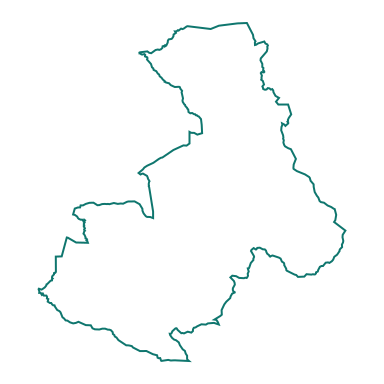 the district of Camilo Ponce Enriquez, Azuay, Ecuador
{"feature_id": "8360857B38047305818625", "entity_name": "Camilo Ponce Enriquez", "entity_type": "district", "adm_level": 2, "iso_a3": "ECU", "parent_name": "Ecuador", "parent_adm1": "Azuay", "projection": "mercator", "projection_center": [-79.616, -2.963], "detail": "fine", "context": "isolated", "style": "outline", "palette": "teal", "viewbox_px": 384, "rotation_deg": 0, "n_neighbors": 0, "source": "geoboundaries", "source_scale": "gbopen_adm2", "svg_char_len": 5906}
<svg xmlns="http://www.w3.org/2000/svg" viewBox="0 0 384 384"><path d="M75.0,207.8L73.1,214.5L75.0,215.0L77.2,216.6L77.9,218.0L78.8,218.9L80.7,219.7L82.2,219.7L83.3,221.0L83.7,220.9L84.2,219.7L85.1,220.4L84.1,221.7L84.6,222.4L83.8,223.1L84.2,224.0L83.7,225.0L84.3,225.8L83.8,226.7L84.6,227.6L84.9,228.5L84.3,229.0L84.1,229.7L84.9,230.7L84.4,231.0L83.5,233.7L84.3,234.5L85.4,236.8L85.5,238.3L86.3,238.5L87.0,239.3L86.4,240.2L87.2,240.8L87.9,242.8L76.1,242.5L67.8,237.7L66.8,237.5L61.7,256.4L55.8,256.6L55.9,271.9L55.3,272.8L54.8,272.7L54.0,273.1L54.0,274.4L52.2,276.3L52.0,277.9L52.6,278.5L52.1,278.8L52.0,280.4L50.6,280.7L47.3,284.0L46.5,284.4L46.3,285.5L44.8,287.4L42.3,289.2L41.4,289.6L38.9,288.7L38.6,289.2L39.4,291.7L39.2,292.9L40.6,292.9L41.6,294.5L42.1,293.5L42.8,293.4L43.3,294.4L43.2,295.2L43.8,295.6L46.4,295.6L47.1,296.9L46.9,298.5L48.3,299.1L47.7,301.6L49.9,303.0L51.2,303.0L52.2,304.5L53.2,305.3L54.5,305.3L55.0,306.7L57.2,310.0L59.4,311.1L60.5,312.3L62.5,317.3L64.0,318.4L65.6,320.4L67.4,320.6L70.1,322.4L73.2,323.4L75.9,322.9L78.4,321.8L85.8,325.1L90.8,325.3L92.5,328.3L94.8,329.3L99.3,329.5L102.2,328.7L105.2,328.7L108.0,329.7L109.4,329.7L110.9,330.2L112.7,332.2L112.9,334.0L114.3,335.0L114.8,336.5L116.5,337.5L118.4,340.1L126.2,345.3L128.8,345.4L131.8,346.1L133.0,347.5L140.0,351.1L146.4,351.0L152.9,354.2L157.1,355.3L157.6,357.7L158.7,358.2L160.2,358.1L161.1,360.7L161.6,360.9L168.2,359.9L170.8,360.5L174.5,360.3L189.0,361.0L187.5,359.7L187.1,358.9L187.1,355.7L185.7,353.6L184.9,350.9L182.7,349.3L179.9,345.2L178.8,342.4L176.0,340.2L174.1,339.6L172.0,337.8L170.1,335.0L169.8,333.8L170.5,333.9L171.4,333.4L172.4,331.2L175.2,328.6L176.1,328.2L176.7,328.4L177.6,329.9L181.3,333.2L182.6,333.0L184.0,333.4L187.7,331.7L191.3,332.6L192.9,331.1L193.0,329.3L193.8,327.8L195.6,327.4L197.2,326.3L201.4,324.3L205.9,324.6L207.9,323.4L214.0,322.9L218.8,324.5L217.9,322.2L216.4,319.9L214.4,319.6L220.3,316.0L221.8,314.7L221.6,310.1L224.3,304.4L226.3,301.7L230.2,298.1L230.6,296.4L232.1,293.7L234.7,292.5L234.6,292.0L233.3,291.4L232.8,289.9L232.9,288.2L234.8,284.7L234.6,282.8L233.9,281.0L230.4,277.4L232.3,275.7L236.2,276.2L239.1,277.9L244.0,278.2L245.2,277.7L246.6,278.0L247.0,277.7L248.0,275.8L247.7,273.7L248.7,271.5L247.8,268.4L248.9,268.2L249.2,267.7L250.8,263.0L253.4,260.0L253.3,258.9L254.1,256.9L253.8,255.8L251.0,251.0L251.4,250.0L253.0,248.6L253.7,248.1L255.8,249.5L256.3,249.4L257.3,247.9L259.8,247.7L262.8,249.3L264.8,249.4L266.0,250.6L266.4,252.1L267.2,253.7L269.0,255.1L269.7,256.4L270.3,256.6L271.0,256.0L272.6,255.5L278.9,257.6L280.6,258.6L281.9,261.6L283.8,262.8L284.3,264.1L284.2,265.1L286.2,268.7L286.3,270.1L286.8,270.7L294.6,274.6L296.2,275.0L298.0,276.9L304.3,276.6L306.5,274.2L311.4,274.6L313.0,274.2L314.1,274.5L315.2,274.3L316.0,273.3L316.0,272.4L317.8,271.5L318.2,270.0L319.9,266.8L321.5,266.0L323.0,266.0L325.7,262.7L328.0,262.4L329.4,262.9L331.9,261.2L333.2,259.6L334.3,256.8L337.1,254.7L339.6,251.0L339.5,250.3L340.0,249.2L342.1,247.1L341.9,244.6L343.0,242.5L343.3,240.9L342.5,237.3L342.7,234.8L345.4,230.6L334.1,222.0L335.3,220.2L336.2,214.9L334.7,209.1L333.7,208.7L331.2,207.0L327.6,205.5L324.0,202.7L320.9,202.1L319.6,201.0L318.3,197.5L316.9,195.8L314.7,192.0L313.7,186.9L313.6,184.3L310.6,180.8L309.8,177.9L309.1,177.0L305.0,174.4L296.9,171.1L293.6,168.9L293.4,168.0L293.7,164.5L295.9,158.9L290.9,149.2L288.2,148.2L285.0,146.3L284.1,144.8L283.4,142.6L283.8,140.2L283.1,138.7L283.4,137.8L283.1,135.3L281.2,130.3L281.5,126.9L282.4,124.8L282.1,123.4L284.4,124.6L285.4,125.9L288.1,123.5L288.3,123.0L287.4,121.7L288.1,121.0L287.9,119.9L288.8,117.9L291.2,114.4L288.1,104.5L278.3,104.5L276.0,101.7L279.0,97.9L275.5,95.9L273.5,92.3L273.2,90.4L272.2,89.1L270.9,89.6L269.5,88.4L267.8,88.1L266.6,89.4L265.7,89.7L264.4,89.6L263.1,88.8L263.2,88.4L262.4,86.4L264.0,84.5L262.8,80.9L261.2,79.7L261.6,78.8L261.5,77.4L261.9,75.6L260.8,73.1L261.5,72.1L263.8,72.4L264.3,71.9L264.0,71.0L263.1,70.3L263.4,68.0L262.3,67.0L262.3,63.9L260.5,60.3L260.8,58.4L266.8,51.4L267.5,48.5L267.3,46.5L267.9,45.6L267.3,44.4L265.4,43.5L264.3,41.5L258.1,43.4L256.2,44.7L255.0,45.0L254.9,42.3L255.5,41.3L253.5,38.2L253.0,34.8L246.9,23.0L237.4,23.4L218.9,25.7L210.7,29.0L187.6,26.2L186.6,26.5L183.7,28.6L182.4,29.1L181.1,28.6L178.6,30.6L177.9,30.2L176.4,31.4L175.0,31.4L175.9,32.9L173.6,34.5L173.4,36.4L172.2,38.3L171.6,38.9L168.7,39.4L167.9,40.6L167.7,42.6L166.3,45.5L165.3,45.2L165.1,46.3L164.6,46.6L164.0,45.9L162.6,46.3L162.4,47.9L160.9,49.3L159.2,49.9L157.9,49.5L155.6,50.0L151.2,53.2L149.2,52.8L147.4,51.4L140.0,52.3L139.4,52.6L139.5,53.4L140.3,53.3L141.1,54.2L142.1,54.6L144.4,54.1L145.2,54.8L145.0,56.4L147.2,57.3L147.5,58.1L147.0,59.5L151.0,64.0L152.0,67.3L153.3,68.4L153.6,69.9L156.3,71.2L157.8,73.6L159.1,74.5L159.7,76.3L161.5,77.7L162.8,79.5L164.6,81.0L165.0,81.4L164.7,81.8L166.0,82.5L169.1,83.3L170.7,85.1L174.8,87.0L179.1,86.8L179.9,87.2L180.3,88.6L182.1,90.9L181.6,92.3L183.0,98.4L182.5,100.4L182.7,101.8L184.4,104.5L185.0,104.8L185.4,106.1L187.1,107.9L187.3,108.7L188.2,109.4L188.5,112.0L190.3,113.3L192.1,113.0L194.1,114.2L195.2,114.3L195.8,115.2L196.8,115.2L197.5,116.0L198.8,116.5L201.0,119.1L201.7,124.9L202.1,133.2L197.3,134.6L194.2,132.9L191.1,132.8L189.5,131.9L189.5,143.5L186.6,145.6L183.4,145.4L173.4,150.0L162.4,157.5L160.9,157.8L158.6,159.1L153.4,162.8L147.2,165.7L144.4,167.5L142.9,169.4L138.6,173.0L140.5,174.5L142.2,173.7L143.0,173.6L147.0,175.9L147.8,177.7L147.9,178.6L149.5,181.2L149.1,181.9L148.7,184.1L149.0,185.7L148.7,186.1L149.2,187.4L153.1,211.6L153.1,218.1L150.2,217.0L147.0,216.9L145.8,216.2L143.6,213.4L142.5,210.8L142.4,208.8L139.6,204.2L134.6,201.4L128.3,201.5L127.0,201.8L123.1,203.7L120.7,203.5L117.8,203.9L113.9,203.0L109.3,204.2L107.9,203.9L107.1,204.1L104.6,203.9L102.0,204.1L99.3,205.1L97.4,205.2L93.5,202.7L89.5,202.8L85.8,203.9L83.0,205.4L80.6,205.4L80.1,207.4L77.8,207.5L75.3,208.4L74.9,208.4L75.0,207.8Z" fill="none" stroke="#0f766e" stroke-width="2"/></svg>